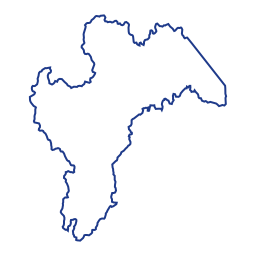 outline of Ataléia, Minas Gerais, Brazil
{"feature_id": "56859067B60504101034226", "entity_name": "Ataléia", "entity_type": "district", "adm_level": 2, "iso_a3": "BRA", "parent_name": "Brazil", "parent_adm1": "Minas Gerais", "projection": "equal_earth", "projection_center": [-41.183, -18.216], "detail": "fine", "context": "isolated", "style": "outline", "palette": "blue", "viewbox_px": 256, "rotation_deg": 0, "n_neighbors": 0, "source": "geoboundaries", "source_scale": "gbopen_adm2", "svg_char_len": 5641}
<svg xmlns="http://www.w3.org/2000/svg" viewBox="0 0 256 256"><path d="M117.4,22.0L116.2,20.8L115.0,20.9L113.1,22.2L111.9,22.5L110.8,21.9L109.7,21.8L107.7,22.2L106.7,21.4L105.2,21.3L104.5,19.9L105.4,17.5L104.7,16.2L104.0,15.4L100.4,15.8L99.5,16.6L98.5,16.3L96.3,16.0L95.5,16.4L93.5,18.7L91.6,20.1L90.9,21.6L90.0,22.7L88.8,23.0L87.4,23.0L86.5,23.4L85.0,25.1L85.7,26.4L85.4,28.0L83.9,32.9L83.6,34.3L83.9,37.8L83.6,39.3L83.9,41.2L84.4,42.9L83.5,44.1L82.4,45.0L81.7,46.1L81.7,47.6L82.5,48.3L83.8,50.2L84.1,52.6L85.0,53.9L86.4,54.1L87.4,53.7L88.7,53.9L89.8,55.3L90.8,56.8L91.7,60.1L94.1,63.1L94.3,64.5L92.2,70.2L92.8,71.9L94.3,72.4L95.2,73.0L94.8,74.2L93.1,76.8L92.0,77.7L90.4,78.3L90.1,80.0L90.7,81.8L89.4,82.8L85.1,81.6L84.2,84.1L82.5,85.3L81.8,86.2L79.7,85.8L78.2,86.0L77.1,86.9L73.9,86.7L71.2,88.0L70.5,86.8L67.7,85.4L66.8,83.9L64.5,81.9L61.9,79.1L59.8,78.9L58.6,79.3L57.7,80.3L57.2,81.7L55.2,81.0L54.5,82.5L53.4,83.7L52.0,84.5L49.4,83.3L49.1,80.8L47.9,77.5L47.8,75.5L48.4,73.9L49.1,73.0L50.1,72.8L50.8,72.0L51.0,70.7L50.5,69.6L49.9,68.8L50.1,67.5L46.5,68.2L45.2,68.1L42.3,69.9L41.5,71.4L39.9,71.8L39.0,73.0L38.5,76.0L37.6,78.8L37.9,80.3L37.8,81.7L37.1,84.3L34.9,86.0L33.9,86.1L32.8,85.9L32.1,86.7L31.8,88.1L32.0,89.8L32.7,91.2L33.9,91.6L35.0,92.6L34.6,93.8L33.7,94.7L29.9,96.9L30.0,100.0L30.4,101.5L31.2,102.9L33.7,106.0L34.7,106.5L35.9,107.4L35.3,109.3L35.3,113.3L34.8,114.8L34.5,116.2L34.6,118.9L34.3,120.1L33.9,121.1L34.4,122.4L39.0,123.4L39.5,124.4L40.0,125.7L39.9,127.3L39.0,128.6L38.8,129.9L39.9,130.7L42.1,130.5L43.2,131.0L43.7,132.1L45.5,133.6L46.7,136.0L47.7,139.0L48.4,139.9L49.2,139.9L50.2,140.5L51.1,143.3L51.2,145.3L51.6,147.1L51.5,149.1L52.4,150.0L54.2,149.6L55.6,148.7L56.9,148.5L58.0,148.1L59.1,148.5L60.0,149.1L60.3,150.6L61.0,151.5L62.5,151.5L63.5,152.7L64.2,153.9L65.0,156.2L66.9,159.9L67.8,160.8L69.1,161.2L70.9,165.0L72.0,165.4L73.0,165.3L74.0,165.6L74.5,166.6L74.5,168.1L74.0,170.0L74.2,172.0L73.1,172.7L71.8,172.1L70.3,172.1L68.2,171.1L66.9,171.9L65.8,172.1L65.8,173.7L65.0,175.0L64.1,176.0L64.0,178.0L65.2,178.8L66.0,179.9L65.7,181.7L66.9,183.5L68.2,186.7L68.8,190.9L68.3,192.0L67.3,193.1L66.9,194.6L67.9,197.3L66.8,197.6L65.8,197.4L64.9,197.6L63.2,199.2L63.2,202.3L62.8,203.6L63.0,205.0L62.4,208.5L60.9,211.1L60.8,212.3L61.6,213.6L63.8,215.8L64.4,217.6L64.4,219.4L64.0,221.0L64.0,223.9L63.6,225.5L62.7,226.8L63.1,228.0L65.5,229.8L66.6,229.6L67.9,230.7L68.1,228.9L68.0,227.1L68.6,226.1L69.7,225.8L70.5,224.6L70.9,222.8L70.7,221.3L71.0,220.0L73.3,219.7L74.2,219.1L75.5,219.1L76.3,219.8L76.4,221.0L75.7,224.1L75.0,225.5L74.0,226.5L74.3,228.0L73.7,229.7L72.9,231.0L73.3,234.4L74.0,235.2L74.2,236.6L75.2,237.2L76.4,237.5L76.4,238.7L76.1,239.9L77.0,240.3L80.2,240.6L83.1,238.0L83.8,236.7L84.3,235.3L85.2,235.0L87.0,235.0L89.0,235.3L91.1,233.8L92.1,232.7L92.2,230.1L93.0,229.8L94.1,230.0L95.0,229.8L95.9,229.1L95.8,227.5L96.8,226.1L97.4,224.7L97.5,223.0L98.9,220.7L100.1,219.2L101.6,218.6L102.8,218.5L104.1,218.7L104.8,217.9L105.8,214.6L105.8,213.4L106.7,212.3L107.5,210.5L109.9,206.5L110.8,206.0L111.6,206.9L113.4,206.2L116.3,204.2L116.7,202.7L113.8,202.5L112.0,201.8L112.0,199.2L111.3,197.8L111.2,196.6L112.2,193.0L113.6,193.0L115.1,192.5L116.0,190.6L115.6,188.0L114.9,186.9L115.0,184.9L115.5,181.8L114.7,179.8L114.7,175.8L113.4,174.4L113.6,172.8L113.2,170.9L113.1,169.0L112.6,167.5L112.3,164.4L115.7,161.1L116.9,160.4L117.4,158.9L117.5,157.5L120.2,154.8L120.9,153.8L121.3,152.3L123.8,150.7L125.8,148.4L127.1,147.3L128.3,145.6L129.3,145.2L130.4,143.9L130.5,142.0L129.2,139.0L129.7,137.2L128.8,136.5L129.1,135.4L129.7,134.5L130.8,134.5L131.9,133.9L131.8,132.6L130.8,132.1L130.2,130.5L129.0,129.4L128.6,126.9L130.9,125.5L131.6,123.9L131.6,120.2L132.6,119.1L133.9,118.5L139.2,114.4L140.3,114.7L142.4,113.0L143.1,110.5L142.5,108.9L143.5,108.2L144.4,108.3L145.5,107.8L147.2,107.9L148.5,107.4L147.9,108.6L147.7,110.7L148.8,110.9L149.3,109.9L149.7,107.5L150.2,106.5L150.4,105.3L153.2,105.5L154.3,105.3L154.5,106.6L155.7,108.9L158.7,108.7L161.1,108.8L161.8,110.1L162.4,108.5L162.6,106.6L161.9,104.5L162.0,103.3L162.6,101.4L163.2,100.4L164.3,100.0L164.4,98.9L165.4,98.7L166.5,99.4L167.3,100.2L168.5,100.6L169.6,103.5L171.8,104.0L172.4,102.2L173.7,100.1L173.0,99.2L173.1,97.6L172.9,95.9L173.5,93.9L175.0,94.2L176.0,96.7L178.6,96.8L179.9,95.8L180.7,93.4L183.0,90.6L185.4,88.3L186.6,88.3L186.9,86.6L188.2,87.4L189.4,85.9L190.3,85.9L190.4,87.8L190.0,89.8L191.1,90.9L191.5,91.9L192.7,91.6L193.9,91.7L194.6,90.3L195.5,91.7L197.9,94.2L198.4,95.8L198.5,97.1L199.3,98.2L200.9,98.2L202.0,100.7L204.3,101.6L205.4,101.1L206.4,101.4L207.7,102.6L208.8,102.4L210.3,101.9L216.1,103.5L217.2,104.3L219.0,106.1L221.1,105.5L222.3,105.0L224.4,105.5L225.8,104.0L225.5,98.5L225.6,97.4L226.1,96.3L225.4,93.8L225.3,88.2L225.1,85.7L191.9,43.4L187.2,37.6L185.9,37.8L184.9,38.3L184.0,37.5L183.5,36.1L182.5,35.2L181.9,33.6L182.3,29.6L181.6,28.1L180.9,27.5L180.0,27.9L179.1,28.0L178.1,27.8L177.1,28.4L175.2,30.6L174.2,31.0L172.7,28.7L170.1,26.5L168.3,24.0L166.1,24.9L165.1,25.5L164.0,25.3L162.5,26.6L161.2,26.2L159.7,26.1L157.3,23.6L156.2,23.9L155.6,25.2L155.1,27.0L155.3,28.2L156.2,30.3L156.3,31.5L154.8,33.2L153.8,33.7L152.8,33.3L152.7,31.7L152.1,30.7L151.3,30.3L150.4,30.6L150.0,34.0L149.3,35.1L149.3,37.6L147.6,39.4L146.0,39.7L144.8,40.2L144.0,42.0L144.0,43.7L143.6,45.0L141.6,43.9L140.7,42.6L139.7,43.0L139.4,44.1L139.5,45.5L138.4,45.1L137.1,44.2L136.4,42.6L134.5,42.9L133.7,41.9L133.1,36.6L132.7,35.5L131.9,35.0L130.8,34.8L129.7,34.1L129.0,33.2L128.7,31.7L128.5,27.6L129.0,24.8L128.4,23.6L126.3,22.0L125.0,22.3L123.5,24.7L122.4,25.2L121.5,25.0L120.7,24.5L119.9,23.4L118.6,23.9L117.7,23.7L117.4,22.0Z" fill="none" stroke="#1e3a8a" stroke-width="2"/></svg>